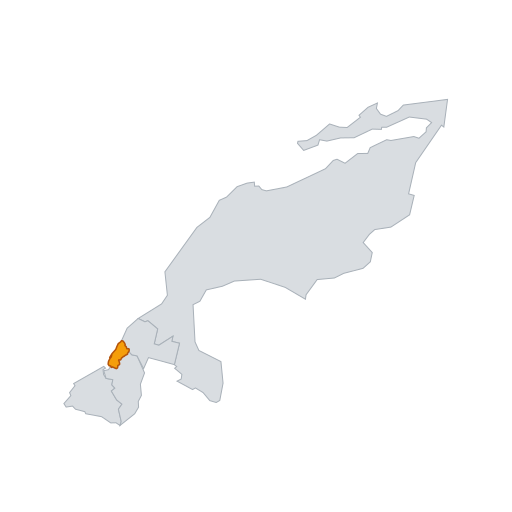 map of El Salvador with Mexico, Nicaragua, Honduras and Guatemala greyed out, rotated 103°
{"feature_id": "SLV", "entity_name": "El Salvador", "entity_type": "country or territory", "adm_level": 0, "iso_a3": "SLV", "parent_name": "North America", "parent_adm1": "", "projection": "natural_earth1", "projection_center": [-88.816, 13.798], "detail": "fine", "context": "with_neighbors", "style": "filled", "palette": "amber", "viewbox_px": 512, "rotation_deg": 103, "n_neighbors": 4, "source": "natural_earth", "source_scale": "50m", "svg_char_len": 3485}
<svg xmlns="http://www.w3.org/2000/svg" viewBox="0 0 512 512"><g transform="rotate(103 256 256)"><path d="M60.3,104.6L88.1,102.0L86.8,104.7L129.1,121.4L161.1,121.3L161.4,115.5L181.3,115.6L197.5,131.1L203.5,146.2L209.4,150.4L218.8,154.6L226.5,143.5L235.9,143.3L243.9,148.9L253.2,166.7L259.8,174.7L265.2,191.1L282.5,198.5L287.0,198.1L280.0,220.5L277.6,246.2L285.3,271.5L293.0,281.9L300.2,296.8L312.7,300.5L317.6,306.4L353.4,296.1L360.9,290.4L366.8,266.4L387.3,259.5L404.9,258.8L407.7,261.8L407.3,268.5L401.0,276.8L398.2,285.3L400.4,287.8L395.7,304.8L392.7,301.2L388.0,301.6L383.7,310.0L381.6,308.4L380.2,311.1L358.2,310.9L358.1,318.8L352.8,318.9L364.8,330.6L364.5,335.4L349.2,335.4L343.4,346.8L345.1,349.4L343.4,356.8L323.9,337.2L314.2,333.5L291.9,341.2L241.4,320.0L228.7,309.6L210.0,304.3L205.2,297.9L192.7,290.0L187.0,281.1L184.4,274.3L188.3,273.0L187.2,269.0L190.0,265.3L190.2,260.5L181.8,241.5L155.3,207.9L145.5,202.2L143.5,198.8L145.6,190.1L133.3,180.0L130.9,170.2L124.7,169.1L113.3,154.8L113.1,150.5L104.1,129.1L104.6,123.7L96.7,118.2L92.8,118.8L86.5,114.9L84.3,120.6L86.1,137.9L101.1,157.6L102.3,162.5L104.4,162.3L106.2,171.3L118.7,187.0L121.9,200.1L128.1,212.8L128.4,220.2L134.0,220.6L142.4,233.3L136.9,240.9L134.8,240.9L132.1,232.3L124.8,224.3L110.8,214.0L111.7,203.7L110.3,196.1L97.3,185.5L95.7,187.3L85.9,180.3L79.6,172.1L85.2,171.9L89.8,166.6L90.6,160.3L82.4,150.3L75.8,146.4L60.3,104.6Z" fill="#d9dde1" stroke="#a8b0b8" stroke-width="1"/><path d="M445.9,407.0L443.0,410.0L433.7,405.0L431.0,406.9L423.1,403.2L421.3,405.0L397.8,379.5L399.1,377.4L401.1,379.5L405.7,377.9L409.0,374.6L408.7,367.7L414.0,367.5L416.5,363.8L420.1,366.6L427.6,359.4L430.5,353.3L436.2,355.6L447.6,350.1L451.7,350.4L450.0,354.9L451.3,360.0L447.3,370.3L448.0,386.4L446.2,387.8L445.9,397.4L443.5,401.0L445.9,407.0Z" fill="#d9dde1" stroke="#a8b0b8" stroke-width="1"/><path d="M451.7,350.4L447.6,350.1L436.2,355.6L430.5,353.3L427.6,359.4L420.1,366.6L416.5,363.8L414.0,367.5L408.7,367.7L409.0,374.6L402.0,378.5L399.9,374.1L396.3,372.9L397.1,367.3L395.5,365.8L387.8,366.5L377.7,358.4L380.2,354.8L380.1,349.4L395.0,338.3L406.9,339.8L417.6,336.3L424.2,338.0L429.7,336.4L437.0,338.7L451.7,350.4Z" fill="#d9dde1" stroke="#a8b0b8" stroke-width="1"/><path d="M343.4,356.8L345.1,349.4L343.4,346.8L349.2,335.4L364.5,335.4L364.8,330.6L352.8,318.9L358.1,318.8L358.2,310.9L380.2,311.1L379.2,337.9L391.1,340.2L380.1,349.4L380.2,354.8L377.7,358.4L374.9,359.2L375.5,360.9L368.8,368.0L355.3,365.3L343.4,356.8Z" fill="#d9dde1" stroke="#a8b0b8" stroke-width="1"/><path d="M377.6,358.5L377.9,358.6L379.9,359.3L380.5,359.1L381.2,359.7L381.6,360.2L381.9,360.8L383.5,362.0L383.7,362.6L384.9,363.3L385.4,363.9L385.9,364.1L386.9,364.3L387.7,364.6L387.8,364.8L387.9,365.6L388.1,366.3L388.5,366.4L389.0,366.0L390.5,365.1L392.0,364.5L392.9,364.9L393.4,365.6L393.9,366.0L395.1,365.8L396.2,365.8L397.0,366.5L397.2,366.9L396.7,369.2L396.5,370.2L396.4,371.0L396.7,371.2L397.0,371.5L397.0,372.0L396.1,372.7L395.8,372.9L396.0,374.3L395.3,375.1L394.7,375.7L393.6,375.9L391.7,376.0L388.9,375.3L386.8,374.3L385.7,374.3L386.0,374.7L386.9,374.9L388.1,375.5L387.7,375.7L383.5,374.3L378.6,371.6L375.6,371.2L372.3,370.5L370.3,368.7L368.8,368.0L368.7,367.3L368.7,366.6L369.4,365.6L370.6,364.3L371.5,363.7L371.9,363.5L372.4,363.6L373.0,363.2L373.4,362.3L373.9,361.8L375.1,361.2L375.4,360.9L375.3,360.4L375.0,359.5L375.1,358.9L375.5,358.6L375.9,358.5L376.9,358.3L377.3,358.3L377.6,358.5Z" fill="#f59e0b" stroke="#b45309" stroke-width="1.5"/></g></svg>